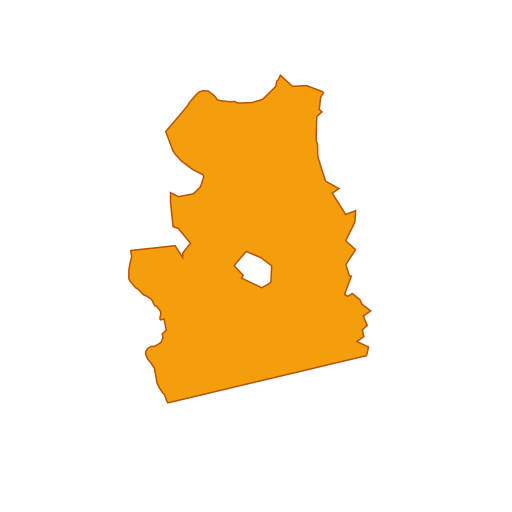 outline of Fairfax, Virginia, United States of America, rotated 219°
{"feature_id": "52423323B7849589815213", "entity_name": "Fairfax", "entity_type": "district", "adm_level": 2, "iso_a3": "USA", "parent_name": "United States of America", "parent_adm1": "Virginia", "projection": "albers", "projection_center": [-77.233, 38.838], "detail": "fine", "context": "isolated", "style": "filled", "palette": "amber", "viewbox_px": 512, "rotation_deg": 219, "n_neighbors": 0, "source": "geoboundaries", "source_scale": "gbopen_adm2", "svg_char_len": 1990}
<svg xmlns="http://www.w3.org/2000/svg" viewBox="0 0 512 512"><g transform="rotate(219 256 256)"><path d="M325.4,213.1L327.9,210.6L336.0,202.4L341.2,197.1L345.1,193.3L353.8,184.5L356.8,181.4L352.1,177.1L349.5,171.4L346.1,165.3L340.7,158.5L339.8,157.9L338.0,157.2L329.5,155.6L328.6,155.5L327.9,156.0L325.6,155.9L318.9,155.0L315.8,156.0L310.3,156.5L307.3,155.6L306.6,154.9L303.2,153.7L301.9,154.5L295.9,153.0L293.8,151.5L291.8,147.6L290.8,146.5L289.9,146.4L289.5,146.7L287.9,149.2L279.0,141.8L279.9,136.9L279.3,135.8L277.1,134.3L275.4,129.1L277.8,122.2L280.7,119.6L282.1,115.5L281.3,111.8L279.8,110.3L279.8,110.2L275.7,107.9L269.3,106.4L264.1,104.7L253.1,95.1L248.4,92.8L242.6,90.9L240.1,90.8L234.5,87.4L232.1,86.4L206.4,119.7L202.1,125.3L188.5,143.0L187.6,144.2L169.8,167.2L145.1,199.2L131.0,217.6L107.4,248.1L111.2,256.1L123.7,253.0L121.5,261.2L126.9,265.6L125.8,272.0L134.8,276.9L132.3,285.5L143.0,285.2L147.9,287.5L157.5,287.5L159.4,282.4L163.0,281.9L169.2,300.3L171.2,299.5L180.8,305.9L182.6,323.6L195.9,324.3L200.4,344.4L207.1,353.9L212.5,344.7L236.3,352.8L233.9,360.6L248.9,357.9L259.3,364.6L270.7,372.3L278.6,381.7L281.4,383.2L284.4,386.7L296.5,402.7L295.4,409.5L299.1,409.7L305.8,420.4L306.3,425.1L307.7,425.6L324.0,420.2L334.4,410.8L350.8,411.8L349.6,407.1L349.8,404.7L347.4,400.4L348.2,392.6L349.4,382.0L355.7,372.7L365.4,364.2L367.3,363.1L369.5,362.9L373.8,359.2L377.1,357.1L381.2,354.4L384.7,353.1L385.2,352.9L385.8,353.6L389.7,354.4L397.0,354.1L401.6,350.7L403.5,347.5L404.1,342.9L404.3,332.5L403.7,329.8L403.8,325.8L404.1,309.0L404.2,305.3L404.6,296.0L386.8,285.5L382.3,284.2L382.2,284.2L374.1,282.9L361.5,283.2L359.2,283.4L348.1,285.9L346.2,284.3L342.6,274.4L343.9,264.8L353.6,253.3L362.3,251.4L356.1,243.8L346.2,233.9L338.9,226.6L333.9,228.5L314.9,224.7L314.8,212.3L312.0,208.6L325.4,213.1ZM228.9,241.4L231.6,234.9L253.2,229.8L253.9,232.9L266.9,234.8L266.5,253.4L250.6,257.9L237.7,258.2L228.0,245.2L228.9,241.4Z" fill="#f59e0b" stroke="#b45309" stroke-width="1.5"/></g></svg>